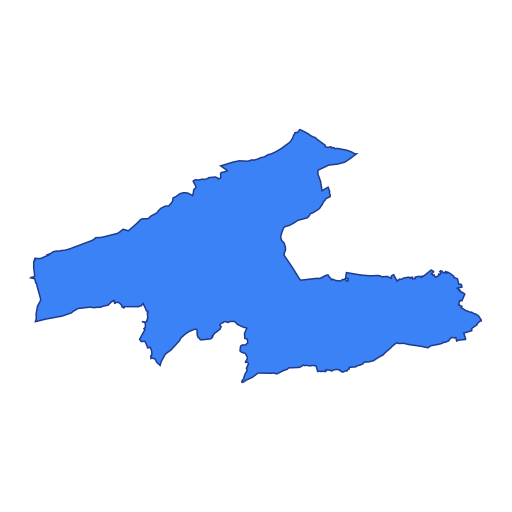 Breznita-Motru, Mehedinti, Romania
{"feature_id": "2599482B41695775774863", "entity_name": "Breznita-Motru", "entity_type": "district", "adm_level": 2, "iso_a3": "ROU", "parent_name": "Romania", "parent_adm1": "Mehedinti", "projection": "albers", "projection_center": [23.242, 44.564], "detail": "fine", "context": "isolated", "style": "filled", "palette": "blue", "viewbox_px": 512, "rotation_deg": 0, "n_neighbors": 0, "source": "geoboundaries", "source_scale": "gbopen_adm2", "svg_char_len": 6087}
<svg xmlns="http://www.w3.org/2000/svg" viewBox="0 0 512 512"><path d="M465.6,338.8L463.8,333.1L471.8,330.7L471.6,328.9L472.5,327.8L476.8,325.0L477.2,323.9L478.3,322.6L480.0,321.2L481.3,320.8L481.3,320.1L478.3,315.7L475.2,313.8L474.3,313.8L471.5,312.1L470.5,312.4L467.9,311.2L466.8,311.1L461.3,307.7L461.9,306.5L461.6,306.2L458.7,304.9L459.2,304.4L458.9,302.4L459.6,300.9L460.2,301.0L460.6,300.4L461.9,300.8L464.8,294.1L462.1,292.1L461.4,292.4L460.8,292.1L460.6,291.2L459.5,291.0L459.3,290.5L459.7,290.0L458.6,289.5L458.5,288.7L456.6,288.3L462.0,287.0L461.4,284.6L460.2,284.1L458.7,284.1L457.5,278.9L453.8,277.3L453.8,276.3L450.3,273.6L447.8,272.2L446.9,273.1L446.5,271.9L445.5,271.5L445.4,272.5L443.7,272.9L442.0,271.2L440.5,270.8L439.8,271.7L440.7,272.5L441.0,273.2L439.9,274.5L438.9,273.9L438.6,274.3L438.9,274.9L438.2,275.9L435.6,277.2L435.0,276.7L433.9,274.7L432.8,275.2L431.5,273.6L433.6,271.9L433.6,271.4L431.2,270.0L423.1,276.5L422.1,276.0L421.4,277.3L419.6,276.3L416.8,276.7L415.2,277.1L415.4,278.5L412.8,278.9L412.5,278.5L412.5,277.2L411.4,277.3L410.7,278.1L409.9,278.0L410.0,277.5L409.4,277.3L407.7,277.3L403.1,278.2L402.3,279.1L401.6,279.3L399.3,279.1L398.5,280.3L397.6,280.2L397.0,281.0L393.7,274.7L391.5,275.8L391.1,278.3L387.3,276.4L382.0,276.8L379.8,275.8L377.8,275.5L370.8,275.8L362.2,275.2L346.4,272.6L345.5,278.6L348.2,278.6L348.0,280.9L346.2,281.0L345.2,278.7L343.4,279.7L342.5,279.5L340.6,281.0L335.8,280.5L332.5,279.2L331.5,279.9L331.0,278.8L329.1,276.8L328.0,274.9L325.8,275.4L322.1,277.3L322.2,277.6L318.5,278.6L317.0,278.3L300.6,280.2L299.2,278.5L292.1,267.0L284.0,255.1L284.5,252.7L285.6,249.7L285.3,246.6L284.0,242.8L281.6,240.4L280.7,237.3L281.1,234.6L281.5,234.1L281.6,233.1L283.6,227.9L285.2,226.5L289.4,225.4L293.5,223.2L297.9,220.3L307.1,217.9L308.9,216.3L310.4,213.6L312.7,212.9L318.2,209.5L319.5,208.4L320.5,207.1L320.7,206.2L322.1,204.9L323.3,202.0L325.0,200.3L325.8,198.7L330.1,196.7L330.3,195.1L329.7,194.1L329.5,193.0L329.6,191.3L328.1,187.2L322.0,190.7L320.6,181.5L318.0,174.3L317.8,170.3L328.7,165.1L337.5,164.1L344.7,162.2L350.0,158.7L356.5,153.8L354.7,153.8L351.5,151.9L346.8,150.2L337.3,148.4L334.9,148.8L334.1,147.7L332.0,147.9L331.7,147.1L330.7,146.8L328.0,147.4L325.3,146.8L325.1,145.2L316.4,138.8L315.4,137.6L313.3,137.0L310.1,135.3L309.0,134.3L304.4,131.7L300.0,129.6L299.4,129.9L297.6,132.6L296.1,132.4L294.9,132.7L294.8,133.8L293.8,134.9L292.7,137.9L291.0,140.9L289.4,142.6L280.7,148.9L275.3,152.0L271.2,153.9L268.0,154.7L264.1,157.0L260.7,157.7L257.1,159.3L254.1,160.1L251.8,159.9L247.9,161.2L239.2,160.8L232.7,162.2L220.7,165.9L227.3,170.5L226.5,171.3L222.4,172.4L221.6,172.3L220.7,173.2L220.5,174.4L220.8,175.3L220.7,177.7L220.2,178.3L218.3,178.8L217.8,178.1L215.5,177.0L208.8,177.6L207.8,178.4L204.7,179.5L202.6,179.1L198.1,180.1L195.8,179.7L193.5,180.6L193.2,181.4L195.3,185.2L195.9,187.1L195.6,188.2L194.5,188.8L193.9,189.5L193.6,190.5L193.3,193.1L192.6,195.5L187.8,193.1L186.6,192.9L183.5,192.7L179.9,193.7L175.8,196.7L173.1,197.9L172.7,200.5L172.2,201.9L168.8,205.9L165.1,206.2L160.6,208.5L158.0,211.2L156.9,212.9L151.1,215.9L148.2,218.7L142.5,218.8L140.8,219.4L136.4,223.8L128.4,230.8L123.4,229.3L122.7,229.5L120.1,231.7L117.5,233.4L101.6,237.4L95.7,237.7L94.1,239.2L91.7,240.6L69.3,249.0L65.2,250.2L60.8,250.6L58.6,251.2L56.2,251.0L52.9,251.9L50.5,253.6L47.7,254.6L48.6,255.0L40.6,258.5L37.9,258.6L35.2,258.2L34.5,259.1L35.1,259.8L35.1,260.4L34.0,261.0L33.7,262.0L33.7,267.9L34.4,272.9L34.6,276.5L34.1,276.9L31.6,277.2L30.7,277.8L34.7,278.8L35.6,281.8L35.6,282.8L36.7,283.9L37.3,287.0L40.6,298.8L40.5,300.6L37.5,306.2L36.1,314.0L36.3,318.4L35.4,321.7L45.7,319.1L62.0,316.1L71.3,312.9L73.5,311.1L78.1,308.5L90.3,307.1L93.6,307.7L98.0,307.2L100.2,307.4L103.1,306.2L108.0,305.2L111.2,302.1L113.9,300.4L114.7,303.3L115.3,303.1L115.5,302.4L118.9,302.5L121.5,305.0L122.0,306.9L123.9,307.9L124.5,307.1L124.2,306.7L124.7,306.6L138.5,306.7L140.3,305.8L141.2,305.9L143.1,303.5L145.6,308.6L146.3,310.8L147.9,311.4L148.2,312.0L147.3,312.9L147.8,318.0L147.4,318.3L147.3,319.7L146.8,320.5L146.8,321.3L146.3,321.8L144.2,322.0L141.9,321.5L144.8,322.6L145.2,323.3L145.4,325.6L145.2,327.5L143.9,328.7L144.9,329.6L139.6,339.3L141.2,341.6L144.9,341.3L146.2,343.9L147.7,347.9L150.4,347.4L151.7,351.3L151.8,353.0L151.8,354.7L151.4,355.6L150.9,355.7L150.9,358.5L151.9,358.0L155.1,359.0L156.7,362.2L160.1,365.4L161.1,361.8L165.4,354.0L171.1,349.9L179.4,340.8L180.9,338.0L185.5,333.8L188.8,331.7L193.8,329.5L196.6,329.2L197.3,331.1L197.0,332.4L197.3,335.3L198.0,337.2L198.4,337.8L199.3,338.1L200.1,339.6L201.0,339.9L210.6,338.9L212.3,337.5L212.7,336.9L212.1,336.2L213.2,335.4L214.1,333.8L220.2,329.0L221.1,326.6L219.8,325.0L220.7,323.6L223.4,322.5L224.3,321.7L225.9,321.6L227.7,322.5L230.2,321.5L233.9,321.4L235.0,321.8L237.4,324.4L243.6,327.3L246.5,327.9L246.8,328.3L244.5,333.3L244.8,338.4L247.0,339.0L247.4,340.0L247.7,342.9L245.2,345.1L242.5,344.9L241.0,345.7L240.5,346.5L240.0,350.8L241.2,352.0L243.3,352.9L244.9,353.1L245.6,354.0L247.5,357.6L247.1,359.1L245.4,362.0L245.7,362.4L247.7,362.3L248.5,363.7L246.4,368.3L247.3,370.3L245.3,373.6L244.1,376.7L243.7,378.6L241.9,381.0L241.8,381.9L242.0,382.4L244.0,381.8L246.1,380.2L252.4,377.3L258.1,373.0L271.3,373.3L273.6,373.0L276.8,373.9L283.4,370.6L287.2,369.3L288.7,367.9L299.5,367.4L303.7,365.0L304.6,365.6L306.0,365.3L310.5,365.9L312.3,365.4L316.0,365.8L317.7,371.5L320.0,371.1L320.9,371.6L323.3,371.0L324.0,371.5L325.6,371.5L326.0,371.3L326.1,369.6L327.7,370.1L330.0,370.1L330.9,370.8L332.1,371.0L333.2,370.0L336.7,369.4L339.6,370.0L339.9,370.7L341.3,371.0L341.7,371.8L342.9,372.1L346.0,370.7L346.9,371.0L347.7,369.7L349.2,368.9L349.3,367.4L355.9,366.8L356.9,365.9L360.6,364.9L362.6,364.0L364.4,362.1L368.5,361.9L373.5,360.7L378.1,357.6L383.3,354.8L384.6,353.2L390.9,347.7L392.9,345.6L396.7,342.8L398.8,343.5L403.7,343.3L408.5,344.5L421.7,346.4L428.0,347.8L430.6,345.8L439.1,344.2L441.6,343.5L442.6,343.1L443.0,342.4L444.9,342.4L448.6,340.9L449.6,339.2L451.8,337.4L454.2,337.9L455.8,337.6L456.7,341.0L458.8,340.1L465.5,339.5L465.6,338.8Z" fill="#3b82f6" stroke="#1e3a8a" stroke-width="1.5"/></svg>